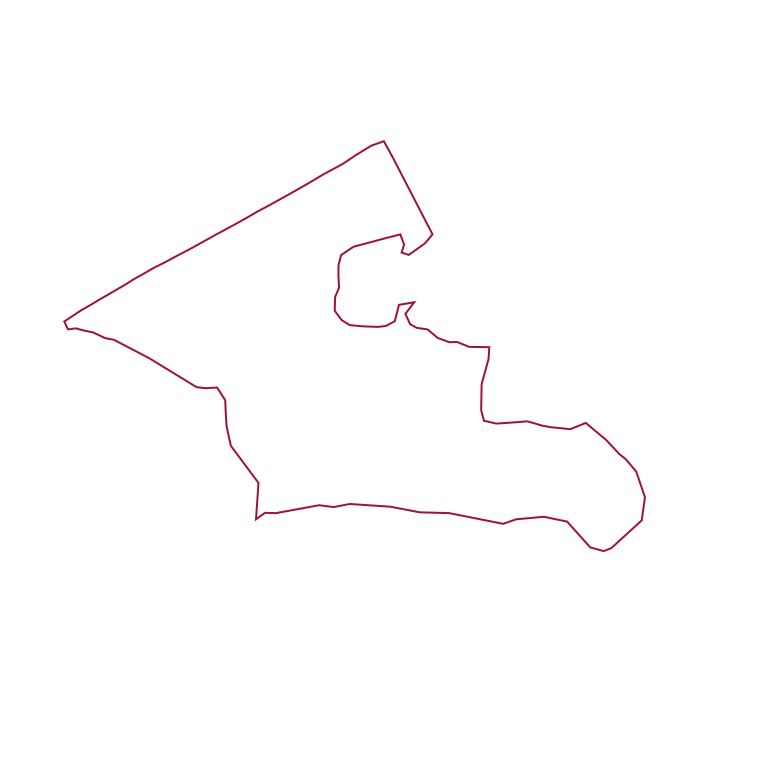 outline of Tramandaí, Rio Grande do Sul, Brazil, rotated 220°
{"feature_id": "56859067B87870608767085", "entity_name": "Tramandaí", "entity_type": "district", "adm_level": 2, "iso_a3": "BRA", "parent_name": "Brazil", "parent_adm1": "Rio Grande do Sul", "projection": "mercator", "projection_center": [-50.215, -30.032], "detail": "fine", "context": "isolated", "style": "outline", "palette": "rose", "viewbox_px": 768, "rotation_deg": 220, "n_neighbors": 0, "source": "geoboundaries", "source_scale": "gbopen_adm2", "svg_char_len": 1473}
<svg xmlns="http://www.w3.org/2000/svg" viewBox="0 0 768 768"><g transform="rotate(220 384 384)"><path d="M540.2,569.9L546.9,558.5L552.6,541.5L557.0,526.3L565.2,505.6L572.2,485.6L580.8,462.7L586.6,447.6L592.1,434.0L595.9,423.3L602.1,407.1L608.4,391.4L613.7,377.4L618.9,363.9L625.4,348.1L630.3,335.7L635.3,324.3L640.0,311.3L643.0,303.6L646.1,293.8L650.8,280.7L655.9,266.7L660.2,254.3L663.3,246.0L669.1,226.4L661.2,222.7L655.9,228.5L648.8,231.8L639.8,236.6L627.1,239.9L619.2,244.3L580.1,252.9L525.5,261.1L518.1,266.0L509.6,274.0L495.2,269.5L486.5,260.0L477.6,250.6L461.6,238.2L447.2,234.8L426.6,229.9L416.6,227.6L395.1,198.1L392.3,208.9L383.8,215.6L355.8,249.4L343.4,257.4L333.2,270.0L300.1,294.2L274.1,308.7L251.2,326.9L202.8,353.5L195.8,365.3L176.1,385.1L155.3,396.3L121.0,391.4L108.3,397.2L104.4,404.3L98.9,445.2L111.3,465.0L134.4,479.0L150.3,481.8L158.8,481.6L177.5,483.9L204.4,483.9L212.2,469.2L228.6,458.0L236.0,453.8L243.0,450.8L250.4,447.4L257.4,440.4L272.5,425.9L283.8,420.1L292.7,426.4L309.1,446.6L320.0,470.4L327.0,479.9L342.6,467.2L355.0,463.2L360.8,458.0L372.5,453.8L385.7,453.8L395.1,448.0L402.5,446.6L412.7,451.5L413.4,466.0L423.4,454.3L416.1,439.0L419.9,429.6L425.4,423.8L438.3,413.8L448.1,407.1L457.4,405.7L468.8,408.4L477.3,419.1L480.4,429.0L488.0,437.1L495.2,445.7L499.7,455.2L495.6,469.5L475.7,497.9L467.6,509.1L458.2,503.7L455.0,496.0L448.0,498.8L443.0,518.1L443.0,529.8L521.5,562.6L540.2,569.9Z" fill="none" stroke="#9f1239" stroke-width="2"/></g></svg>